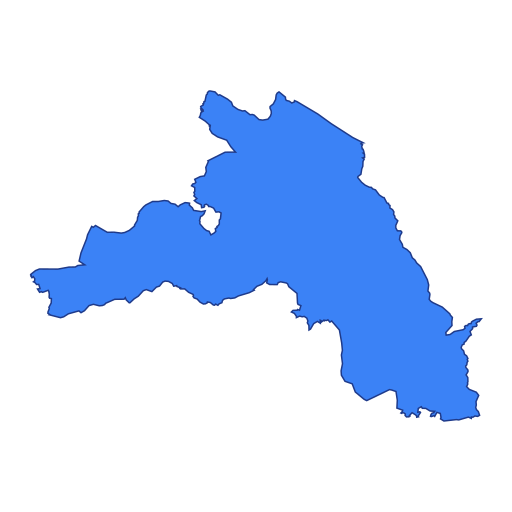 Budureasa, Bihor, Romania (Natural Earth projection)
{"feature_id": "2599482B63741703724977", "entity_name": "Budureasa", "entity_type": "district", "adm_level": 2, "iso_a3": "ROU", "parent_name": "Romania", "parent_adm1": "Bihor", "projection": "natural_earth1", "projection_center": [22.661, 46.683], "detail": "fine", "context": "isolated", "style": "filled", "palette": "blue", "viewbox_px": 512, "rotation_deg": 0, "n_neighbors": 0, "source": "geoboundaries", "source_scale": "gbopen_adm2", "svg_char_len": 6064}
<svg xmlns="http://www.w3.org/2000/svg" viewBox="0 0 512 512"><path d="M472.9,417.2L474.9,416.0L477.7,416.4L479.6,415.3L478.3,411.5L476.5,409.7L475.7,407.5L476.3,405.0L476.0,401.6L478.7,395.4L476.3,392.2L469.3,389.4L466.6,386.6L467.8,384.0L467.4,382.9L467.9,381.8L467.8,377.6L466.1,374.9L468.0,371.6L467.9,370.0L465.8,367.4L465.7,366.0L466.8,364.8L467.1,362.3L467.9,361.2L467.2,359.3L467.9,358.5L466.6,355.8L464.5,354.3L463.6,350.8L461.5,348.7L461.2,347.3L462.3,344.8L464.0,344.2L464.2,342.4L465.8,341.3L469.3,336.2L471.3,334.9L470.0,331.4L472.6,328.7L472.5,327.0L476.4,326.3L477.0,325.1L476.1,323.2L478.1,321.6L479.1,321.6L481.3,318.8L476.4,319.2L472.5,321.2L471.5,322.0L471.1,323.6L469.1,323.7L468.1,324.4L467.6,325.6L466.0,325.5L464.6,326.4L465.0,328.3L463.2,329.7L454.3,331.5L450.1,334.5L446.2,335.1L445.8,332.5L452.0,325.5L451.8,321.8L452.4,317.4L450.4,315.2L449.8,313.8L442.3,307.1L433.0,302.7L430.7,301.2L429.2,299.3L429.9,294.6L429.7,293.2L427.9,291.0L428.7,285.0L427.3,279.6L420.6,266.5L416.7,263.0L414.9,260.0L412.3,257.8L410.3,252.8L407.0,249.6L402.9,247.3L402.3,244.3L399.5,239.5L400.1,235.6L401.8,232.7L401.7,231.9L400.8,230.9L397.4,230.8L395.8,227.9L395.8,225.4L397.8,220.8L394.9,217.9L394.8,216.1L393.6,214.5L393.9,211.9L392.5,209.6L389.9,208.0L390.0,205.5L388.6,204.5L388.5,203.4L386.9,203.0L384.1,197.6L382.9,197.4L379.3,195.0L375.5,189.9L372.5,188.8L371.5,187.4L369.3,187.2L365.2,185.2L361.6,182.3L357.7,177.5L357.9,176.5L360.9,174.3L361.8,168.7L362.8,166.3L363.0,161.4L364.2,159.1L362.6,157.9L364.6,157.3L364.5,154.2L363.2,153.1L364.1,152.9L363.7,151.0L363.0,149.2L362.3,149.0L361.7,146.1L362.5,144.8L360.9,143.8L361.6,143.0L363.2,142.8L352.7,137.5L331.1,123.6L317.8,114.0L297.1,101.7L294.5,100.6L294.2,102.0L291.8,103.0L289.3,101.2L286.3,100.4L285.6,99.2L285.4,97.1L279.0,91.9L277.2,93.1L276.2,94.9L275.6,99.5L273.3,103.9L270.1,106.5L270.0,108.1L271.2,110.9L271.3,113.5L270.3,116.3L267.9,119.2L262.7,120.1L259.0,119.6L254.2,115.1L252.4,114.5L250.0,114.7L244.9,110.7L242.5,111.0L237.9,109.4L232.8,105.9L231.4,102.2L227.5,99.1L219.8,94.8L218.3,95.3L215.0,91.9L210.3,91.0L209.1,91.0L207.5,92.5L207.3,94.0L206.3,95.0L204.9,101.4L204.0,101.6L203.6,103.8L203.0,103.8L203.2,105.0L200.7,106.5L201.1,108.0L203.0,109.8L203.3,111.1L202.5,111.4L201.1,110.1L201.7,112.2L200.8,112.9L200.3,115.5L199.3,117.3L205.2,121.1L209.1,124.6L209.3,125.6L209.8,125.0L210.3,125.3L209.7,129.4L212.2,133.4L217.6,136.9L226.7,140.2L230.8,146.7L235.5,152.1L225.1,152.2L207.9,160.8L208.4,161.5L205.8,167.4L206.3,171.6L204.4,175.9L200.2,176.6L194.7,179.3L195.9,182.3L194.7,183.5L192.7,184.0L191.5,185.8L194.7,187.5L194.8,191.4L193.9,192.3L194.7,194.5L193.9,195.9L196.9,198.6L194.3,200.6L196.8,202.6L201.2,204.7L201.6,207.7L203.9,207.3L204.6,206.3L204.2,205.3L204.6,204.8L206.4,204.2L208.4,205.5L208.6,206.5L210.4,206.6L213.6,208.1L215.9,212.1L219.0,211.8L221.1,213.0L220.4,218.9L219.3,220.0L219.3,223.9L218.4,225.5L216.9,226.5L217.1,227.5L215.3,228.6L215.8,231.4L214.0,233.1L210.9,234.9L209.1,231.3L206.6,230.6L203.9,228.5L199.8,223.7L200.0,221.3L199.5,220.7L200.6,216.5L202.2,215.8L204.0,213.9L205.2,210.8L201.3,211.6L193.6,210.4L192.4,207.9L189.3,205.1L189.6,203.2L188.7,203.0L185.1,202.6L180.2,204.9L178.1,206.7L175.1,204.2L170.9,203.4L168.1,201.0L164.3,200.5L158.3,201.5L152.6,201.5L145.9,204.9L143.7,206.7L139.1,212.0L139.2,213.2L138.3,213.8L138.4,215.9L137.6,217.2L137.3,220.4L134.5,225.1L134.6,226.0L129.3,230.4L124.7,232.5L121.3,233.1L113.9,232.2L107.3,232.3L95.5,225.5L93.3,227.3L91.7,226.4L87.6,234.7L86.5,239.0L81.0,252.9L79.1,261.1L84.7,264.8L77.8,265.5L75.3,267.0L68.9,267.1L57.9,269.1L39.4,269.0L35.5,270.6L30.7,274.4L31.3,275.5L30.8,275.9L32.0,277.7L33.3,276.6L34.8,278.8L34.6,281.0L33.5,281.8L34.9,282.5L36.6,284.5L38.7,284.4L40.1,288.6L37.5,289.0L39.6,292.3L41.4,291.6L42.3,292.3L43.6,292.0L48.2,290.3L48.8,291.3L49.3,294.4L49.1,297.2L49.6,298.2L51.4,298.6L51.2,303.0L48.9,307.3L49.3,308.5L48.0,311.9L47.9,313.3L50.1,314.7L49.7,314.9L60.5,317.7L63.7,316.8L68.4,313.8L78.9,310.9L81.0,312.7L84.5,310.7L89.0,305.6L93.4,304.3L99.3,305.8L102.4,305.5L104.6,304.6L105.6,303.3L114.7,299.3L124.1,299.2L125.3,297.7L126.2,299.9L129.2,302.8L129.9,302.8L134.2,298.8L138.3,296.2L143.3,290.7L146.3,289.6L151.9,291.6L156.4,287.1L159.5,286.1L162.7,282.1L165.0,281.1L168.5,281.4L172.3,283.5L173.7,286.2L176.7,285.6L176.9,286.5L180.5,287.8L179.9,288.5L180.5,288.9L184.7,288.9L188.6,292.3L193.1,294.4L193.5,295.2L193.0,296.4L194.1,297.9L197.1,299.0L200.0,302.1L203.4,304.0L205.5,303.8L207.3,302.8L207.4,302.0L210.3,302.5L213.3,305.0L214.6,305.2L215.6,304.1L217.9,305.3L219.2,303.8L221.9,302.7L222.5,300.4L224.4,298.9L229.0,298.0L230.6,298.5L234.8,297.9L238.5,295.9L249.2,292.7L254.2,290.2L253.5,289.6L256.9,286.3L261.9,284.3L265.9,280.7L267.1,278.6L267.4,279.7L266.7,282.9L269.6,284.5L277.2,284.6L278.2,282.6L280.6,281.8L286.4,283.0L287.6,283.8L288.8,286.7L297.0,293.4L297.5,303.0L298.0,304.4L300.9,305.6L299.5,310.2L297.6,309.5L297.3,310.2L293.0,310.4L291.4,312.0L294.4,313.4L296.4,316.3L296.4,317.6L299.7,316.1L302.2,316.8L304.2,316.4L306.8,318.1L307.9,321.0L307.3,322.8L308.9,325.4L309.0,330.0L310.5,329.1L313.7,323.6L317.4,321.4L320.3,323.2L320.2,320.2L321.1,320.6L321.3,322.1L323.8,320.2L324.2,320.8L324.6,320.3L326.6,320.5L327.9,319.8L329.9,322.1L331.7,321.0L339.4,330.0L341.7,343.0L342.4,350.4L341.4,355.0L342.5,363.7L341.1,370.8L341.4,375.2L345.0,381.3L352.2,383.8L355.3,392.0L364.1,399.3L366.7,400.6L389.5,389.6L391.6,390.0L396.0,391.5L397.3,400.2L396.9,408.1L402.7,410.2L402.4,411.4L400.9,413.0L401.8,413.4L402.4,412.7L403.8,412.9L405.3,414.0L405.1,415.5L406.5,416.9L409.0,416.8L409.3,415.8L409.9,416.0L410.0,414.9L412.1,412.7L415.6,414.9L416.5,415.8L416.7,417.2L418.5,416.8L418.1,416.2L420.5,412.5L419.9,411.8L417.8,412.2L418.3,408.4L421.3,406.7L422.3,408.3L425.8,408.4L430.1,411.0L434.7,411.3L433.7,412.7L432.0,413.2L431.1,414.3L430.5,416.3L431.2,416.6L434.0,415.7L434.7,416.4L436.9,412.4L440.3,413.4L441.0,417.4L440.5,418.9L443.9,421.0L456.4,419.6L458.8,419.9L468.4,417.1L471.3,418.4L471.4,417.0L472.9,417.2Z" fill="#3b82f6" stroke="#1e3a8a" stroke-width="1.5"/></svg>